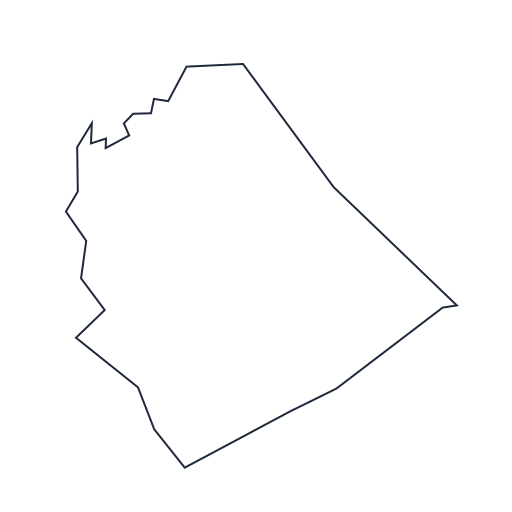 the district of Lyon, Kentucky, United States of America, rotated 351°
{"feature_id": "52423323B26234061394677", "entity_name": "Lyon", "entity_type": "district", "adm_level": 2, "iso_a3": "USA", "parent_name": "United States of America", "parent_adm1": "Kentucky", "projection": "robinson", "projection_center": [-88.137, 37.023], "detail": "fine", "context": "isolated", "style": "outline", "palette": "slate", "viewbox_px": 512, "rotation_deg": 351, "n_neighbors": 0, "source": "geoboundaries", "source_scale": "gbopen_adm2", "svg_char_len": 487}
<svg xmlns="http://www.w3.org/2000/svg" viewBox="0 0 512 512"><g transform="rotate(351 256 256)"><path d="M114.6,99.2L96.4,120.5L90.1,164.4L75.2,182.4L90.7,214.5L79.7,250.7L98.1,285.7L65.4,308.6L118.9,367.3L128.4,411.3L152.5,453.9L265.4,414.8L314.7,399.5L432.2,336.2L446.6,336.2L343.5,200.2L273.2,64.3L217.0,58.1L193.5,89.3L179.8,84.9L174.6,98.6L156.9,96.3L146.2,104.4L149.6,117.1L124.4,125.9L126.2,116.5L110.6,119.0L114.6,99.2Z" fill="none" stroke="#1e293b" stroke-width="2"/></g></svg>